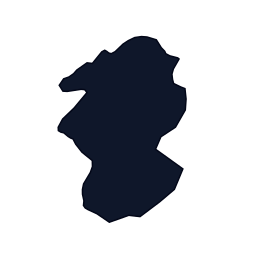 Skrundas, Equal Earth projection, rotated 143°
{"feature_id": "LVA-5712", "entity_name": "Skrundas", "entity_type": "Municipality", "adm_level": 1, "iso_a3": "LVA", "parent_name": "Latvia", "parent_adm1": "", "projection": "equal_earth", "projection_center": [21.983, 56.664], "detail": "fine", "context": "isolated", "style": "filled", "palette": "ink", "viewbox_px": 256, "rotation_deg": 143, "n_neighbors": 0, "source": "natural_earth", "source_scale": "10m", "svg_char_len": 972}
<svg xmlns="http://www.w3.org/2000/svg" viewBox="0 0 256 256"><g transform="rotate(143 128 128)"><path d="M81.4,198.0L75.2,197.6L68.2,196.2L62.2,192.9L58.0,189.2L52.3,181.4L53.1,172.1L52.5,167.2L53.1,164.6L51.2,160.5L46.1,154.1L45.7,152.4L56.2,147.9L60.5,144.6L63.2,140.0L64.8,136.1L61.1,128.9L58.8,125.2L64.2,116.2L71.4,107.9L89.6,100.1L107.0,101.2L118.8,94.5L108.8,62.3L127.9,51.1L147.1,50.0L171.7,50.0L179.9,57.8L199.6,64.0L204.4,78.2L209.0,86.8L210.3,89.9L210.2,92.9L207.0,96.4L204.2,102.5L201.4,106.3L197.1,110.1L184.9,115.1L179.6,118.6L176.1,123.5L179.3,136.3L179.5,146.5L178.5,152.4L179.8,154.4L180.9,157.2L182.2,162.8L184.1,165.1L185.2,167.8L183.3,170.6L174.8,174.5L159.0,176.4L139.4,181.0L139.5,184.7L142.1,187.1L154.5,193.8L157.8,196.6L157.2,203.5L149.8,206.0L144.5,204.3L138.7,204.1L134.0,205.1L121.5,204.7L117.6,201.0L103.1,204.6L99.8,204.1L98.9,202.1L98.2,199.4L96.6,197.4L92.3,196.7L81.4,198.0Z" fill="#0f172a" stroke="#020617" stroke-width="1.5"/></g></svg>